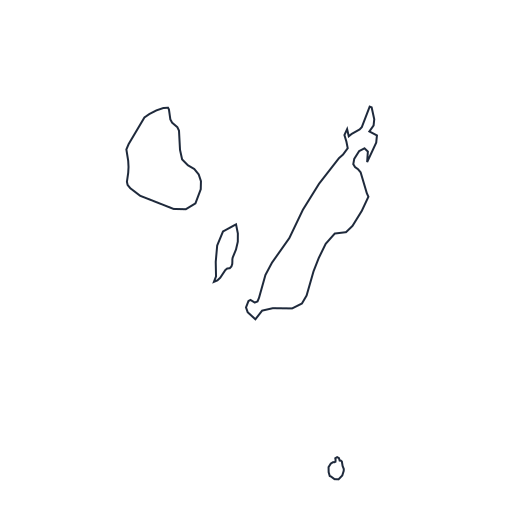 Romblon, Equal Earth projection, rotated 201°
{"feature_id": "PHL-2535", "entity_name": "Romblon", "entity_type": "Province", "adm_level": 1, "iso_a3": "PHL", "parent_name": "Philippines", "parent_adm1": "", "projection": "equal_earth", "projection_center": [122.144, 12.527], "detail": "fine", "context": "isolated", "style": "outline", "palette": "slate", "viewbox_px": 512, "rotation_deg": 201, "n_neighbors": 0, "source": "natural_earth", "source_scale": "10m", "svg_char_len": 1654}
<svg xmlns="http://www.w3.org/2000/svg" viewBox="0 0 512 512"><g transform="rotate(201 256 256)"><path d="M233.9,196.7L243.6,200.5L246.9,204.4L246.9,211.3L245.4,213.0L240.5,212.1L238.3,214.1L238.2,218.0L240.4,241.7L238.7,255.5L231.3,284.7L228.8,316.0L223.0,346.2L213.6,377.1L211.1,381.9L209.0,389.5L212.6,395.2L216.8,400.6L216.4,407.1L212.3,401.0L210.4,404.3L204.6,411.3L203.4,414.2L203.4,436.2L201.3,436.2L194.6,426.0L193.0,420.0L194.8,412.9L186.3,411.9L184.4,404.9L185.9,383.5L189.0,393.6L193.3,395.4L197.3,390.9L199.1,381.9L198.1,376.6L195.4,374.5L191.9,373.6L188.3,371.6L175.1,354.4L172.3,351.6L173.4,336.1L176.7,318.7L180.5,310.5L190.5,305.2L195.3,292.4L196.7,276.6L196.8,262.3L194.6,237.2L196.1,228.1L203.5,220.0L221.6,213.3L230.7,207.2L233.9,196.7ZM415.2,309.0L415.0,314.9L409.8,345.4L406.3,350.5L401.1,356.3L395.6,360.9L391.3,362.9L389.8,361.6L384.9,352.8L382.1,350.4L375.6,348.1L372.8,345.4L365.0,327.9L359.6,319.7L352.1,316.3L344.8,315.1L338.7,311.6L334.2,306.1L331.5,298.5L331.4,283.4L338.3,274.5L349.8,270.4L385.7,270.7L397.6,274.2L401.3,276.3L403.1,279.0L405.1,287.8L406.9,293.4L409.4,299.0L415.2,309.0ZM286.0,222.6L291.5,236.1L296.0,251.9L295.6,267.1L286.0,278.4L281.0,270.5L278.1,262.8L277.0,254.9L277.2,246.2L276.9,244.5L276.1,242.4L275.3,240.0L275.2,237.4L276.1,235.2L278.4,234.0L279.6,231.9L281.6,222.9L283.3,219.4L286.0,216.8L286.0,222.6ZM110.1,91.2L109.0,91.5L108.1,92.4L108.6,94.1L109.5,95.6L108.2,97.3L106.1,97.0L104.6,95.0L103.6,95.4L102.2,94.9L99.9,91.0L97.7,88.6L97.1,86.8L96.8,82.0L98.9,77.1L102.7,75.8L107.0,77.0L108.3,77.0L110.7,80.2L112.6,84.9L111.8,89.0L110.1,91.2Z" fill="none" stroke="#1e293b" stroke-width="2"/></g></svg>